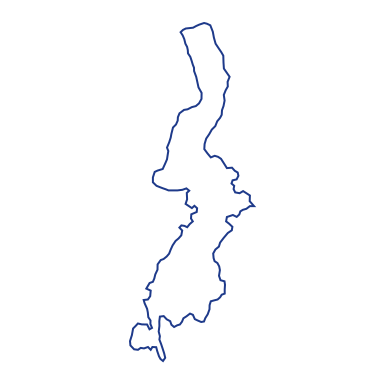 the district of Dores do Rio Preto, Espírito Santo, Brazil
{"feature_id": "56859067B99160788457513", "entity_name": "Dores do Rio Preto", "entity_type": "district", "adm_level": 2, "iso_a3": "BRA", "parent_name": "Brazil", "parent_adm1": "Espírito Santo", "projection": "natural_earth1", "projection_center": [-41.815, -20.626], "detail": "fine", "context": "isolated", "style": "outline", "palette": "blue", "viewbox_px": 384, "rotation_deg": 0, "n_neighbors": 0, "source": "geoboundaries", "source_scale": "gbopen_adm2", "svg_char_len": 2919}
<svg xmlns="http://www.w3.org/2000/svg" viewBox="0 0 384 384"><path d="M180.6,32.2L182.7,35.4L184.3,39.2L185.4,43.7L187.1,46.9L187.8,50.1L188.0,53.4L190.3,56.8L191.6,60.7L192.8,64.7L194.0,67.7L194.1,71.1L196.2,76.8L197.4,82.3L198.5,87.4L201.6,92.9L201.5,98.9L199.0,103.4L195.8,106.1L191.9,107.1L187.6,109.3L184.0,109.9L179.5,113.3L177.9,117.2L177.7,120.6L176.0,124.5L173.0,127.5L171.4,133.8L170.7,137.6L169.2,142.3L167.0,147.6L168.3,151.0L167.6,155.4L167.0,159.3L165.2,163.5L162.7,169.0L157.5,170.6L154.7,171.9L152.9,177.4L152.9,182.3L156.5,185.8L160.0,187.2L162.9,188.3L165.8,189.3L168.5,190.4L177.5,190.4L182.4,189.8L186.4,188.4L189.2,190.7L186.8,192.9L187.1,199.3L185.6,203.9L191.9,208.1L194.4,205.8L197.1,208.2L196.7,212.0L191.3,214.3L191.0,218.5L192.8,221.4L189.8,224.0L187.2,227.2L184.5,225.9L181.4,225.4L179.4,227.6L182.2,230.5L181.3,235.3L178.5,238.5L175.6,240.9L172.6,245.4L170.6,249.8L169.1,253.7L166.7,256.5L163.6,259.0L160.7,260.1L157.6,264.4L157.5,269.7L155.3,274.4L154.3,278.5L152.9,281.8L149.6,283.0L146.3,288.6L150.7,290.6L150.2,296.2L147.9,299.5L143.7,300.0L144.6,303.2L147.1,308.8L147.8,312.3L148.3,317.2L150.5,320.5L150.4,324.0L152.0,327.9L149.5,329.3L147.1,324.5L141.9,324.4L137.9,323.5L135.6,326.0L133.1,328.5L131.9,335.1L130.0,341.1L130.4,345.4L134.1,349.3L138.0,349.8L140.7,347.9L144.0,348.4L148.0,347.0L150.7,349.8L152.4,347.0L156.2,347.2L157.2,351.0L159.0,356.3L160.5,359.0L163.0,361.0L165.2,357.8L164.2,353.5L162.7,348.8L161.1,344.0L159.4,339.6L159.9,336.2L158.7,331.6L159.4,326.0L159.3,321.2L159.9,316.6L163.7,316.1L166.7,319.3L170.2,321.2L171.4,324.7L174.1,327.0L177.2,325.3L179.9,324.5L182.0,321.7L183.4,318.3L186.5,316.3L190.0,313.6L192.9,314.8L194.8,319.1L197.7,320.5L201.2,322.0L204.0,321.5L205.3,318.1L207.7,314.3L209.5,309.3L209.6,305.1L210.8,301.3L213.7,300.5L217.6,299.5L220.1,297.3L221.7,294.7L224.7,293.6L224.7,289.2L225.0,284.8L224.5,281.3L220.5,280.2L219.0,275.8L219.9,270.1L219.2,266.4L217.4,263.0L214.6,261.2L213.6,258.1L213.2,253.5L215.4,249.5L218.9,246.6L220.1,242.6L223.6,238.0L227.8,233.0L231.8,230.3L232.4,226.8L229.0,223.6L226.1,221.4L226.9,217.0L229.9,216.0L232.9,215.0L236.7,216.9L239.3,214.5L240.3,211.4L242.9,209.8L246.4,208.8L249.9,206.1L254.0,206.1L249.7,201.2L249.9,195.5L247.0,193.6L243.1,191.1L239.6,193.2L235.2,192.4L233.6,189.1L234.2,185.8L231.5,183.5L232.6,180.3L236.6,179.4L238.4,175.8L237.7,172.5L234.8,170.8L232.0,167.7L226.9,168.1L224.0,163.5L221.0,158.8L218.0,156.8L214.7,155.8L210.8,157.4L207.4,153.3L204.3,149.1L204.6,144.0L206.2,138.6L209.2,134.2L211.8,129.6L215.3,126.1L217.2,121.3L220.1,117.8L221.7,114.8L222.0,110.2L223.5,106.1L224.6,100.6L223.8,94.9L225.7,90.2L227.8,86.5L227.6,81.8L229.6,76.8L227.1,73.2L223.9,68.6L223.5,62.5L223.3,55.7L221.3,52.2L218.8,48.5L215.6,43.7L213.9,37.6L212.8,31.7L210.3,25.3L206.9,23.7L204.1,23.0L199.3,24.6L196.2,26.0L193.1,27.7L185.8,28.5L183.0,29.9L180.6,32.2Z" fill="none" stroke="#1e3a8a" stroke-width="2"/></svg>